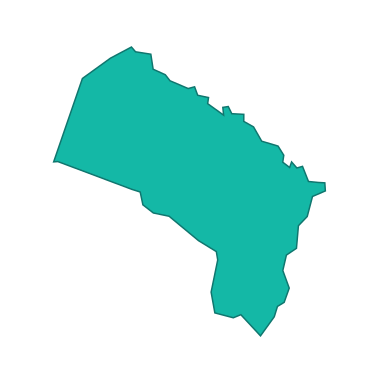 the district of Long, Georgia, United States of America, rotated 172°
{"feature_id": "52423323B83955157156950", "entity_name": "Long", "entity_type": "district", "adm_level": 2, "iso_a3": "USA", "parent_name": "United States of America", "parent_adm1": "Georgia", "projection": "albers", "projection_center": [-81.796, 31.777], "detail": "fine", "context": "isolated", "style": "filled", "palette": "teal", "viewbox_px": 384, "rotation_deg": 172, "n_neighbors": 0, "source": "geoboundaries", "source_scale": "gbopen_adm2", "svg_char_len": 844}
<svg xmlns="http://www.w3.org/2000/svg" viewBox="0 0 384 384"><g transform="rotate(172 192 192)"><path d="M324.8,241.1L320.6,240.8L251.2,203.0L243.3,199.2L242.4,186.1L233.2,176.6L218.1,171.2L192.3,142.9L176.2,129.6L176.0,121.1L187.0,90.2L186.2,69.1L168.6,61.7L160.7,63.7L144.2,40.0L127.9,57.0L123.3,66.8L116.1,69.9L109.1,83.3L113.0,101.6L107.3,116.4L96.4,121.7L91.3,143.8L81.3,151.7L73.3,170.8L59.8,174.5L59.2,182.6L65.7,183.9L75.2,186.2L79.0,202.0L84.8,201.2L89.2,207.9L91.9,202.7L98.0,208.9L96.0,215.6L100.4,225.5L115.9,232.6L122.0,247.9L130.9,254.7L129.9,261.7L141.7,264.0L144.2,271.6L149.7,271.5L150.0,263.7L164.2,277.3L162.5,283.2L172.9,287.0L174.8,295.8L181.4,295.0L198.3,305.2L202.1,311.8L213.4,319.0L213.6,334.2L228.4,338.7L231.8,344.0L254.1,335.9L284.7,319.7L324.8,241.1Z" fill="#14b8a6" stroke="#0f766e" stroke-width="1.5"/></g></svg>